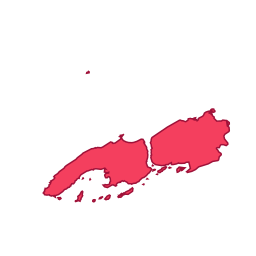 Ko Lanta, Krabi, Thailand (Robinson projection), rotated 75°
{"feature_id": "78962969B16427813486063", "entity_name": "Ko Lanta", "entity_type": "district", "adm_level": 2, "iso_a3": "THA", "parent_name": "Thailand", "parent_adm1": "Krabi", "projection": "robinson", "projection_center": [99.092, 7.662], "detail": "fine", "context": "isolated", "style": "filled", "palette": "rose", "viewbox_px": 256, "rotation_deg": 75, "n_neighbors": 0, "source": "geoboundaries", "source_scale": "gbopen_adm2", "svg_char_len": 6041}
<svg xmlns="http://www.w3.org/2000/svg" viewBox="0 0 256 256"><g transform="rotate(75 128 128)"><path d="M153.4,30.2L151.8,31.5L146.3,30.9L144.9,34.4L145.4,36.0L144.3,40.5L140.9,42.4L139.8,41.9L137.9,43.3L137.0,43.2L135.8,44.6L136.2,43.3L135.6,43.3L135.1,43.8L134.7,45.7L133.1,45.4L132.6,45.9L132.8,48.6L133.4,50.3L135.0,51.5L136.0,52.9L136.8,56.9L137.5,57.9L138.2,58.0L138.9,59.4L137.6,59.7L137.7,60.9L137.4,61.6L136.7,62.7L135.8,63.2L135.3,64.8L134.9,65.2L134.7,67.4L135.9,68.0L136.8,70.4L136.7,71.0L135.3,72.9L134.7,74.5L134.0,75.2L133.8,76.2L137.3,89.7L143.4,107.3L144.8,108.4L146.9,109.2L148.0,110.2L149.8,109.9L152.3,110.2L153.8,109.9L155.0,111.4L156.2,111.3L157.8,112.0L160.2,112.2L160.4,112.9L161.8,113.1L162.5,113.6L166.6,113.5L168.3,112.8L170.5,110.8L173.0,105.3L173.6,101.7L173.6,101.1L173.2,100.9L173.4,99.5L173.8,98.8L173.1,97.4L172.7,95.1L174.5,95.5L175.0,94.0L175.2,90.5L174.9,88.1L175.3,87.9L176.0,85.6L176.7,82.3L176.2,80.8L176.7,78.1L183.2,78.2L185.4,82.7L185.9,82.1L186.3,82.1L186.4,77.6L185.6,73.5L183.8,69.8L183.4,59.8L182.2,54.8L182.7,49.6L182.2,48.7L179.4,47.3L178.1,45.0L177.4,44.7L176.6,44.8L174.5,46.6L172.6,47.0L171.3,47.8L170.4,47.8L170.0,47.0L170.6,44.9L168.6,43.3L168.2,42.3L168.8,40.1L170.4,37.7L169.6,35.8L168.4,35.5L163.6,37.6L160.6,37.5L159.1,36.1L157.5,31.4L156.6,30.8L153.4,30.2ZM156.9,115.6L155.6,114.9L153.1,115.4L151.4,115.0L147.1,116.4L146.0,116.4L145.8,116.2L146.2,115.7L145.8,115.6L142.8,116.5L142.2,118.2L143.2,122.8L143.4,126.0L143.2,128.0L142.2,131.2L140.9,133.5L138.9,135.8L135.8,137.0L134.5,135.9L132.9,133.6L133.4,135.0L133.1,137.3L133.6,137.5L134.1,138.4L134.4,137.9L134.2,137.3L134.7,137.0L136.7,137.8L139.2,144.3L139.0,146.5L138.5,147.0L138.0,146.8L137.0,148.4L139.8,157.2L140.1,159.1L138.9,162.6L139.1,164.1L139.0,164.6L138.6,164.7L138.9,166.7L138.6,168.6L140.6,177.9L141.5,179.4L143.6,184.6L144.8,186.3L148.3,197.2L149.1,198.9L150.3,200.2L152.4,205.7L153.8,207.6L155.0,211.1L155.9,212.3L156.8,211.6L157.8,212.1L158.9,214.5L159.2,216.3L160.0,216.1L160.3,216.4L160.4,217.7L161.5,217.2L162.5,218.3L162.5,219.0L164.2,219.5L165.3,222.3L164.9,223.7L165.8,223.8L166.4,224.7L167.5,224.8L167.8,225.6L168.7,226.0L168.8,227.2L169.2,226.1L170.8,225.9L171.8,223.7L172.2,221.2L172.9,221.0L173.9,219.6L173.7,218.9L174.2,217.9L174.0,216.8L174.5,216.1L174.3,212.3L172.5,207.5L171.0,205.3L170.9,203.2L169.8,201.2L170.1,200.8L170.0,199.8L169.1,198.9L169.2,198.4L168.4,198.2L168.2,197.3L167.3,196.8L167.3,196.1L167.8,195.3L167.6,194.7L166.4,193.3L165.3,192.7L165.1,191.6L164.0,190.3L163.7,188.8L164.0,188.2L162.8,187.8L160.9,185.5L158.9,178.7L159.1,178.1L158.7,173.8L159.5,172.2L158.9,171.9L159.0,169.7L160.9,164.8L160.8,160.7L161.6,160.3L161.4,160.6L162.0,161.2L164.4,162.2L165.8,159.9L165.7,158.1L166.5,158.4L166.2,160.6L166.4,161.4L166.9,162.3L167.9,162.8L170.2,162.5L170.7,161.0L169.9,159.5L170.4,158.6L172.1,158.2L175.0,158.7L175.7,159.7L177.1,160.1L177.5,161.0L177.5,163.0L176.7,164.8L177.0,165.1L176.7,166.8L178.7,165.9L180.2,163.3L178.9,158.1L179.2,156.8L179.8,156.3L180.4,155.2L180.8,155.2L180.8,154.6L180.6,153.9L179.5,153.9L178.6,152.8L178.2,151.5L178.4,150.3L178.1,149.9L178.5,149.2L177.9,148.9L177.5,147.1L178.3,146.4L178.0,145.2L178.4,145.0L180.0,143.1L181.9,142.1L182.7,139.3L183.2,139.0L182.9,137.4L183.3,134.6L182.6,132.9L182.5,131.3L181.6,130.4L179.9,127.0L179.9,125.4L178.7,122.5L177.1,120.2L176.8,119.1L174.2,115.9L173.6,115.9L172.2,116.7L172.0,117.4L170.6,119.1L166.7,119.4L165.1,118.9L165.1,117.8L164.8,118.7L161.8,116.8L159.0,115.8L156.9,115.6ZM187.8,138.9L186.9,139.3L187.6,140.6L187.7,141.3L188.1,141.6L187.9,142.0L188.4,142.3L189.1,146.5L189.8,148.1L190.0,148.1L189.6,149.0L190.0,149.6L190.0,150.5L189.7,151.0L190.1,151.1L189.8,151.8L190.0,152.0L191.5,150.1L191.2,147.8L192.1,145.1L190.3,140.0L187.8,138.9ZM180.6,189.5L177.9,188.2L177.2,188.5L177.4,189.4L180.4,192.3L180.4,192.9L181.1,194.2L182.8,194.3L184.6,195.5L184.7,197.4L185.0,197.4L185.4,198.3L185.5,196.4L185.2,195.0L186.3,193.3L185.6,193.1L184.9,192.0L183.9,191.6L181.6,189.3L180.6,189.5ZM178.2,110.5L179.2,109.2L179.3,108.4L178.6,107.0L178.6,106.0L177.9,105.5L177.3,103.0L176.0,101.1L175.6,101.0L175.1,102.0L175.7,105.9L176.5,106.4L177.4,110.3L178.2,110.5ZM190.7,163.8L188.6,162.7L187.9,163.4L188.5,165.9L190.6,168.8L191.6,167.8L191.4,166.9L191.7,165.6L190.7,163.8ZM183.5,91.9L183.5,91.0L183.0,89.6L180.5,87.1L179.5,88.8L180.1,90.9L181.2,91.7L183.5,91.9ZM134.8,40.1L134.2,39.6L133.8,40.1L131.9,40.3L131.4,41.9L131.6,42.8L134.6,42.1L134.9,41.6L134.8,40.1ZM192.9,152.4L191.5,150.3L191.4,151.0L191.7,151.5L190.9,151.9L191.1,152.8L190.6,153.3L191.0,153.8L190.8,154.4L191.4,154.2L191.9,155.5L192.6,155.1L192.5,154.3L192.9,153.6L192.9,152.4ZM151.7,30.7L150.3,29.1L148.9,28.8L147.0,30.2L148.7,30.8L151.7,30.7ZM182.9,87.4L182.8,86.5L181.2,83.3L180.8,84.4L181.0,86.0L182.1,87.1L182.9,87.4ZM178.7,213.5L179.4,212.6L178.8,211.0L177.7,211.3L177.2,213.7L178.7,213.5ZM189.7,181.0L190.3,180.5L190.4,179.7L190.1,179.0L189.0,178.3L188.6,178.8L188.4,180.0L188.8,180.7L189.7,181.0ZM188.9,174.0L189.1,172.5L187.8,169.9L187.9,172.6L188.3,173.6L188.9,174.0ZM133.1,45.1L134.4,44.9L134.5,44.1L134.1,43.1L133.2,42.8L132.8,44.6L133.1,45.1ZM63.8,151.0L63.1,151.6L63.7,152.2L63.7,153.4L64.4,153.8L64.6,151.3L63.8,151.0ZM136.2,62.2L136.7,61.7L136.6,60.8L135.6,60.1L135.5,61.7L136.2,62.2ZM175.8,115.0L175.5,112.6L175.2,112.4L174.8,113.2L174.9,114.5L175.8,115.0ZM177.1,98.8L177.5,98.4L177.4,97.2L176.7,97.9L177.1,98.8ZM180.0,87.6L180.2,86.9L180.0,86.3L179.4,87.7L180.0,87.6ZM170.8,114.3L171.0,114.0L170.9,113.5L170.3,113.9L170.8,114.3ZM176.0,216.1L175.2,216.1L175.4,216.7L176.0,216.1ZM168.2,178.1L168.0,177.6L167.4,177.8L167.7,178.1L168.2,178.1ZM186.4,127.1L186.2,127.3L186.4,128.0L186.8,127.5L186.4,127.1ZM179.4,89.7L179.4,88.3L179.4,88.2L179.1,88.8L179.4,89.7ZM165.2,184.2L164.7,184.2L164.6,184.4L165.3,184.9L165.2,184.2ZM132.4,43.9L132.6,43.4L132.6,43.1L132.1,43.4L132.4,43.9ZM180.2,112.1L180.5,111.5L180.2,111.3L180.0,111.7L180.2,112.1ZM182.2,122.3L181.8,122.6L182.1,122.9L182.2,122.3Z" fill="#f43f5e" stroke="#9f1239" stroke-width="1.5"/></g></svg>